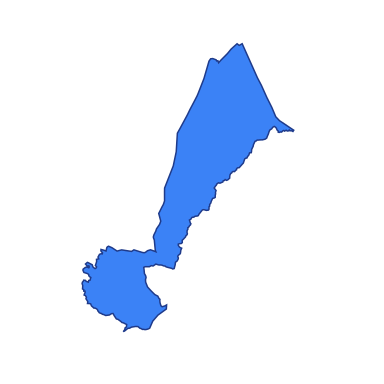 Maçambará, Rio Grande do Sul, Brazil, rotated 115°
{"feature_id": "56859067B60830385241918", "entity_name": "Maçambará", "entity_type": "district", "adm_level": 2, "iso_a3": "BRA", "parent_name": "Brazil", "parent_adm1": "Rio Grande do Sul", "projection": "albers", "projection_center": [-55.63, -29.047], "detail": "fine", "context": "isolated", "style": "filled", "palette": "blue", "viewbox_px": 384, "rotation_deg": 115, "n_neighbors": 0, "source": "geoboundaries", "source_scale": "gbopen_adm2", "svg_char_len": 4355}
<svg xmlns="http://www.w3.org/2000/svg" viewBox="0 0 384 384"><g transform="rotate(115 192 192)"><path d="M276.4,244.7L277.4,245.5L278.4,245.7L281.8,245.0L282.0,247.2L282.5,250.2L283.9,249.7L285.0,247.4L286.0,247.2L286.3,248.2L287.6,249.5L290.7,249.7L292.0,248.3L293.4,250.1L295.2,249.1L296.9,248.8L299.5,248.5L300.1,246.9L301.1,246.7L302.4,247.5L302.0,249.6L301.5,250.4L300.1,251.7L299.9,256.2L300.0,257.1L302.3,258.1L303.4,255.7L302.5,254.3L303.3,253.4L304.3,253.5L304.4,255.6L305.6,256.9L308.0,258.1L309.1,257.7L310.6,256.0L310.1,252.0L310.6,250.6L311.5,250.1L312.1,248.8L312.2,247.6L315.0,247.1L315.8,248.2L317.5,247.9L317.7,250.2L317.1,251.2L317.7,252.9L318.7,252.8L320.1,253.2L321.5,252.9L322.8,251.6L324.4,250.9L326.1,250.3L326.3,248.8L327.6,248.2L327.1,247.1L328.3,246.4L330.1,246.4L331.0,246.2L330.9,244.9L332.0,243.2L333.6,243.0L334.1,242.1L335.4,240.1L337.2,239.6L336.4,237.6L336.2,236.6L337.7,235.0L338.3,233.0L338.7,231.8L338.2,230.9L338.2,229.1L338.8,227.7L339.6,227.0L340.0,226.0L340.6,225.1L340.6,223.7L340.4,222.7L340.7,221.6L340.4,220.2L340.4,218.0L338.3,214.8L336.8,213.9L336.0,213.2L335.5,212.2L337.0,210.2L339.0,206.9L338.7,205.1L339.1,203.5L339.3,202.1L339.9,200.3L339.6,199.1L339.7,195.2L342.0,194.4L343.3,195.2L345.2,194.8L347.6,195.3L346.4,194.3L342.7,192.5L341.7,190.9L340.1,189.8L337.7,186.3L336.8,184.1L337.5,181.6L337.3,180.4L337.5,178.9L336.9,177.8L336.6,176.4L335.6,174.9L334.4,173.6L333.3,172.8L325.6,173.0L317.9,170.8L308.9,165.8L305.1,167.3L306.9,168.6L308.6,170.6L308.2,172.1L306.2,173.9L305.4,174.5L303.8,175.4L302.8,175.7L302.4,177.0L300.8,179.0L300.7,182.3L298.9,187.3L296.9,192.1L293.3,195.9L291.1,197.1L288.9,197.5L287.7,198.4L286.8,199.5L286.1,200.6L282.7,202.6L280.7,203.9L279.5,202.9L278.2,200.1L277.7,199.0L276.0,197.9L275.5,196.0L274.2,195.2L272.6,194.3L272.2,191.4L271.4,189.6L271.0,188.4L271.0,186.7L270.5,185.0L270.8,184.0L270.6,182.4L269.8,178.2L269.9,176.9L268.9,175.8L265.0,176.5L262.7,177.3L260.8,176.3L258.6,176.2L257.5,176.5L256.6,177.6L255.3,177.7L253.3,176.7L252.4,176.6L249.2,177.6L247.3,177.6L247.3,178.8L247.2,180.1L246.1,181.9L245.0,182.4L243.9,181.2L243.4,180.1L242.0,179.4L239.9,180.5L238.6,179.9L237.3,179.5L235.5,178.9L234.0,179.0L232.8,178.4L231.7,178.6L230.8,179.4L229.1,180.1L227.4,180.0L226.1,180.7L225.1,180.1L223.6,180.0L222.5,179.5L221.2,179.6L220.7,180.5L219.2,181.8L218.5,182.5L217.0,181.5L216.0,181.5L214.9,181.2L214.0,179.7L212.7,179.0L211.5,177.0L210.7,176.3L209.2,176.3L203.8,175.0L203.0,173.8L202.6,171.2L201.4,169.4L200.5,169.3L198.2,170.3L197.3,170.0L195.9,170.7L194.1,170.3L192.4,170.6L189.1,170.6L188.1,169.4L187.1,168.7L185.0,169.6L183.8,169.8L182.3,170.6L180.5,170.8L179.0,173.6L178.1,173.4L176.6,173.2L175.7,172.9L174.0,172.8L172.4,171.8L172.2,170.4L169.9,168.3L168.5,168.4L167.9,167.5L166.7,167.2L166.9,165.7L165.9,164.7L163.5,163.7L162.2,164.3L160.5,164.8L158.8,164.7L158.0,164.1L157.1,164.1L156.0,163.4L155.5,162.0L153.9,161.6L153.0,161.0L152.2,161.4L150.9,161.0L150.0,159.5L148.3,159.0L147.3,158.7L145.6,158.2L144.1,157.7L139.7,158.2L138.7,157.6L138.0,156.6L136.4,156.6L134.4,156.1L132.2,156.4L131.3,154.9L130.1,155.2L128.3,155.9L126.4,155.9L124.6,155.9L123.2,156.3L122.1,156.3L119.4,156.3L118.6,155.4L117.4,154.9L116.8,153.6L116.1,152.5L114.9,150.1L113.9,148.9L113.3,148.1L111.6,147.1L109.2,147.3L107.4,147.3L104.4,147.7L102.5,147.5L101.2,146.5L99.3,146.2L97.8,145.2L98.0,143.5L98.7,142.3L99.8,141.2L100.4,139.5L101.3,139.2L101.2,138.2L100.2,137.2L99.8,136.1L98.3,135.6L97.4,134.8L97.7,133.8L96.2,132.8L96.5,131.5L95.7,130.2L94.7,130.1L95.1,129.0L94.4,127.5L94.5,126.1L93.0,125.9L92.4,129.8L90.4,142.8L88.4,147.9L81.6,155.4L74.8,164.0L66.0,174.2L60.9,180.9L36.4,209.2L39.2,211.2L38.6,213.8L45.8,216.9L51.6,218.4L60.5,221.6L63.6,222.5L62.1,224.0L62.8,225.0L62.0,226.0L62.3,229.6L63.4,231.4L66.2,231.9L84.2,229.1L96.7,228.3L98.4,228.2L100.0,228.1L102.7,228.0L107.9,228.2L118.0,228.7L124.2,228.8L139.4,229.7L144.9,230.1L162.2,223.3L176.3,220.0L200.0,218.5L203.2,217.1L211.7,213.1L215.4,212.7L218.5,212.9L223.2,213.0L225.5,213.1L231.6,208.0L235.0,207.7L240.5,208.6L242.8,208.3L247.0,208.4L248.9,208.1L249.8,207.6L251.4,205.9L260.4,200.6L261.4,199.5L261.9,205.2L264.0,207.5L266.5,208.8L267.3,209.8L267.8,211.6L269.0,220.2L271.4,221.7L274.2,231.3L275.9,233.4L276.6,234.2L277.2,235.0L276.3,241.0L276.4,244.7Z" fill="#3b82f6" stroke="#1e3a8a" stroke-width="1.5"/></g></svg>